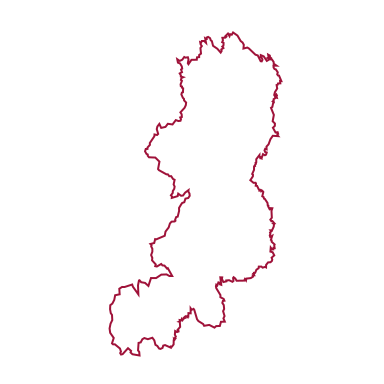 Amansie Central, Ashanti, Ghana (Equal Earth projection), rotated 167°
{"feature_id": "2480657B25462964367622", "entity_name": "Amansie Central", "entity_type": "district", "adm_level": 2, "iso_a3": "GHA", "parent_name": "Ghana", "parent_adm1": "Ashanti", "projection": "equal_earth", "projection_center": [-1.784, 6.207], "detail": "fine", "context": "isolated", "style": "outline", "palette": "rose", "viewbox_px": 384, "rotation_deg": 167, "n_neighbors": 0, "source": "geoboundaries", "source_scale": "gbopen_adm2", "svg_char_len": 5971}
<svg xmlns="http://www.w3.org/2000/svg" viewBox="0 0 384 384"><g transform="rotate(167 192 192)"><path d="M244.2,150.7L243.4,149.2L244.0,148.2L243.4,145.6L244.1,142.7L246.0,139.8L245.5,136.7L246.3,134.4L243.6,129.6L244.5,128.0L243.0,127.3L238.2,128.8L237.3,127.1L235.4,126.5L233.5,122.9L232.7,123.2L230.2,114.6L232.9,115.2L235.3,117.4L240.5,118.4L246.4,116.2L251.3,117.4L255.6,110.3L258.2,114.0L261.8,115.5L263.0,117.8L263.6,117.7L265.6,113.2L267.3,104.3L270.9,113.1L271.1,115.3L279.0,114.6L281.5,115.2L284.6,114.1L285.5,108.6L290.1,108.7L292.0,104.4L294.7,101.2L297.1,100.1L298.2,96.2L298.4,92.2L297.6,90.2L298.5,85.1L301.0,82.0L303.0,77.6L303.4,73.2L301.1,67.4L304.0,62.5L303.2,61.3L301.4,60.9L297.4,55.7L297.1,52.5L298.2,51.2L297.7,49.6L296.1,49.6L289.5,54.2L287.1,50.9L288.0,49.5L286.5,47.3L279.9,44.5L279.4,48.0L280.2,49.8L278.0,57.0L275.8,57.0L273.5,59.7L271.3,60.4L268.1,58.5L263.4,58.9L262.1,55.9L262.0,51.3L260.4,49.8L259.3,46.9L258.0,46.2L255.8,46.7L254.6,48.8L252.7,48.9L247.7,45.1L247.4,46.2L246.4,45.8L244.2,47.6L243.2,51.6L242.7,51.6L242.6,52.7L242.2,52.1L241.2,52.9L241.8,53.4L240.3,54.7L240.8,56.8L239.7,60.3L238.2,58.9L236.5,59.1L236.4,60.5L237.1,60.1L237.1,60.9L233.9,63.2L233.1,68.2L233.8,68.6L232.6,68.9L232.7,70.0L231.1,69.4L230.6,70.4L230.1,69.2L228.8,70.5L228.4,69.7L228.4,70.7L227.5,70.8L228.1,71.4L226.3,72.4L224.5,71.0L224.3,72.0L223.6,71.6L222.7,74.8L220.6,74.1L219.5,79.0L218.8,77.3L216.8,77.8L216.3,76.7L215.7,66.9L214.8,64.8L210.8,60.8L210.3,58.9L205.1,58.6L200.6,54.8L198.6,55.9L195.0,55.2L193.0,59.0L189.2,58.3L189.8,61.8L188.2,63.8L188.5,68.9L187.0,70.8L186.5,74.7L187.4,77.1L186.4,78.9L184.9,78.8L185.2,80.7L188.0,83.1L187.5,85.2L190.0,92.9L189.9,94.8L189.2,96.2L188.4,95.2L186.6,98.0L185.6,97.4L185.5,95.7L184.4,95.0L183.6,102.5L181.8,102.0L182.4,100.6L181.7,97.2L178.6,97.2L178.5,98.1L175.7,97.7L172.8,95.4L171.6,96.0L171.3,99.0L170.6,99.6L169.3,98.0L168.5,95.5L161.0,93.9L160.1,95.2L159.3,93.6L158.5,95.4L154.1,94.9L151.6,95.8L151.6,97.0L150.2,96.8L150.7,98.4L149.9,98.4L149.8,99.3L148.6,99.1L146.7,101.8L144.3,102.7L143.7,104.3L141.1,103.7L140.2,102.4L137.6,102.6L136.8,101.9L136.2,104.3L133.7,106.3L131.3,105.9L129.6,106.9L129.0,108.1L129.2,110.1L126.1,111.8L127.0,115.2L129.0,116.3L127.8,120.1L126.9,118.0L125.6,117.8L125.2,119.2L124.1,118.8L123.9,121.4L123.3,122.3L125.6,125.6L125.3,126.9L125.9,127.6L123.7,131.3L125.9,130.7L126.0,132.2L125.0,133.6L125.1,135.0L123.5,135.8L124.1,137.0L122.6,136.7L120.2,139.8L119.3,142.2L119.8,142.8L118.7,142.8L120.2,145.6L121.2,145.6L121.9,147.4L120.0,149.0L118.8,155.7L117.4,158.1L120.1,158.9L119.8,157.6L120.2,157.6L121.0,160.7L120.7,161.5L121.2,161.9L120.9,164.4L122.6,168.9L123.3,169.3L123.4,171.0L124.5,172.0L122.5,176.0L123.2,177.4L124.4,177.1L124.4,178.3L125.8,178.2L125.5,179.0L126.3,179.3L127.2,183.3L128.5,183.8L127.7,185.9L128.0,186.7L130.0,187.1L132.5,190.4L129.2,193.5L128.7,195.1L129.3,196.0L126.6,199.6L125.8,202.9L124.8,203.1L124.9,203.8L123.4,205.1L123.6,206.0L122.7,206.5L122.0,209.5L118.0,212.8L118.4,211.2L117.8,210.6L117.9,208.7L117.6,209.5L116.7,209.0L116.6,210.4L116.0,210.2L114.3,212.9L112.7,211.4L111.5,211.7L110.3,213.7L111.7,214.5L112.0,216.2L111.0,217.6L109.7,216.8L109.2,219.5L106.7,221.2L103.7,225.8L100.6,228.6L95.4,227.0L96.0,228.2L95.8,229.2L95.0,229.3L95.1,231.0L97.2,231.2L98.7,236.4L96.4,237.8L95.8,240.1L97.5,242.8L94.9,248.7L96.1,256.2L94.6,256.8L92.8,260.7L92.1,260.8L92.0,261.7L92.8,262.2L91.8,262.9L91.6,264.1L89.8,264.7L89.6,265.7L88.1,264.8L88.2,266.0L87.5,266.9L87.9,268.1L89.6,266.6L90.1,268.0L88.7,270.7L85.7,273.7L85.5,277.2L84.4,277.3L83.8,278.4L81.5,278.0L81.2,280.4L80.0,280.0L81.0,285.8L82.0,286.2L82.5,287.5L81.5,289.3L82.8,292.7L83.9,293.2L84.5,294.9L84.2,296.8L81.2,296.1L83.5,298.6L83.2,300.3L84.3,303.2L85.4,303.5L84.8,304.7L85.7,305.7L85.5,307.4L86.9,308.7L87.1,305.9L88.1,305.6L87.1,304.9L86.9,303.8L89.6,302.9L91.6,308.0L94.2,309.9L94.8,308.0L93.8,306.8L93.6,304.9L94.7,303.6L95.7,304.0L97.2,310.3L99.3,311.5L104.3,319.1L105.6,320.3L109.6,320.2L108.4,323.8L109.1,326.3L110.6,328.1L112.5,334.2L116.1,338.2L117.9,336.3L119.3,337.2L120.4,335.4L121.3,338.3L124.3,336.4L123.6,335.6L124.7,334.9L127.7,335.4L127.7,332.9L128.9,331.2L127.7,330.3L128.0,328.9L128.5,327.5L129.8,326.9L129.0,325.2L131.4,324.3L131.4,322.7L132.7,321.4L135.1,325.9L138.6,329.7L138.7,334.5L139.6,335.6L139.8,337.8L141.4,339.5L143.0,339.2L143.3,336.9L143.5,338.2L144.1,337.7L144.6,338.4L144.8,334.2L146.2,336.4L148.5,336.9L149.6,335.4L150.3,336.0L150.4,333.9L149.6,332.0L151.4,330.4L152.1,324.8L154.2,323.9L154.7,321.8L156.8,322.1L157.6,319.8L162.8,320.9L166.7,317.3L167.1,318.4L165.6,321.9L165.7,324.2L168.2,324.4L169.2,325.3L171.7,323.1L174.5,322.5L176.5,324.7L176.6,321.2L174.7,319.9L173.7,316.7L173.8,314.4L175.1,313.8L174.8,311.0L177.3,310.3L176.6,308.1L176.9,307.1L174.8,305.8L176.6,305.5L177.6,303.7L176.8,302.6L178.9,299.5L179.1,297.6L178.0,297.0L178.3,295.9L177.3,295.0L178.4,291.2L179.5,291.1L180.4,289.5L179.7,285.8L178.9,284.6L179.1,283.0L177.6,280.5L178.5,278.0L180.3,275.7L185.4,272.2L184.6,270.1L185.0,267.4L186.7,267.3L186.3,265.5L187.2,264.0L189.3,264.2L191.6,265.7L195.8,262.2L200.2,263.9L203.2,261.4L207.6,261.4L208.5,265.7L211.0,263.6L212.2,261.2L211.9,256.2L213.2,255.4L215.6,256.5L216.2,254.7L222.1,249.2L222.4,247.4L225.3,245.4L225.7,244.0L227.4,244.3L228.6,242.2L227.8,239.4L226.7,238.5L227.0,237.3L226.1,235.5L220.0,233.8L216.9,228.9L219.9,222.0L219.3,220.7L213.0,215.0L211.5,214.6L210.6,212.5L208.7,212.1L207.6,209.0L206.2,207.8L208.2,203.5L207.7,201.2L208.6,199.1L210.5,197.2L211.0,195.4L213.3,193.5L212.5,192.2L213.0,190.8L206.9,191.2L205.8,193.5L203.5,190.8L201.5,190.6L198.9,192.9L195.0,194.6L195.5,193.3L194.8,191.1L195.1,188.8L197.0,187.0L199.9,187.0L201.8,183.8L204.1,183.5L205.4,182.3L208.2,179.4L208.8,176.5L211.5,171.2L213.1,171.1L214.7,168.7L214.6,167.7L215.5,167.2L218.6,167.7L220.6,166.3L222.7,162.7L226.7,159.4L228.4,155.5L237.5,153.9L238.5,154.4L240.3,150.8L244.2,150.7Z" fill="none" stroke="#9f1239" stroke-width="2"/></g></svg>